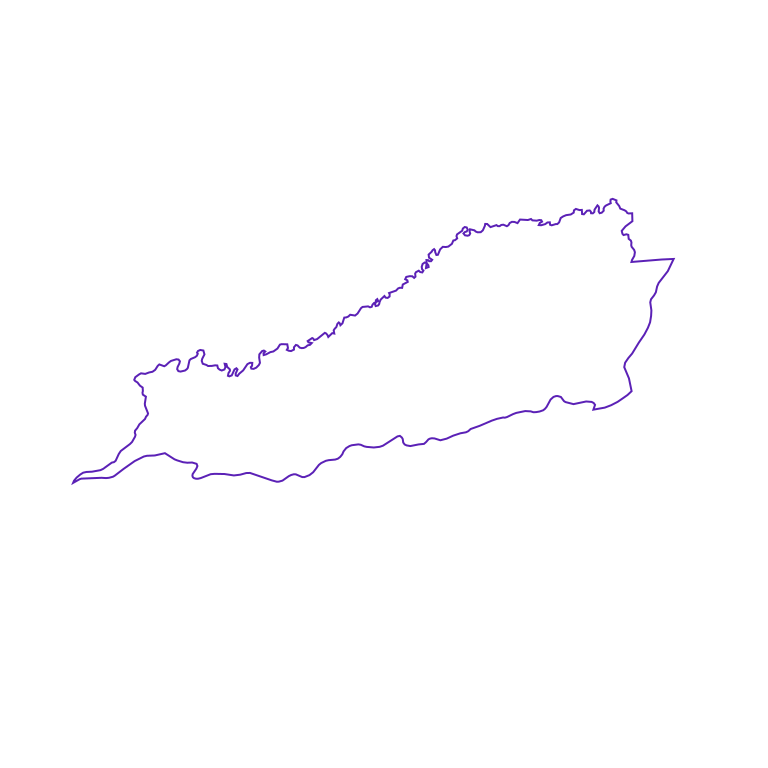 outline of Ipiranga do Norte, Mato Grosso, Brazil, rotated 231°
{"feature_id": "56859067B36287964515387", "entity_name": "Ipiranga do Norte", "entity_type": "district", "adm_level": 2, "iso_a3": "BRA", "parent_name": "Brazil", "parent_adm1": "Mato Grosso", "projection": "equal_earth", "projection_center": [-55.972, -11.935], "detail": "fine", "context": "isolated", "style": "outline", "palette": "violet", "viewbox_px": 768, "rotation_deg": 231, "n_neighbors": 0, "source": "geoboundaries", "source_scale": "gbopen_adm2", "svg_char_len": 6148}
<svg xmlns="http://www.w3.org/2000/svg" viewBox="0 0 768 768"><g transform="rotate(231 384 384)"><path d="M452.7,429.3L453.2,427.2L452.9,425.1L451.7,423.0L452.4,421.4L454.3,420.5L457.4,415.8L457.4,413.8L455.4,407.8L455.4,404.6L459.1,401.3L458.9,398.7L459.5,396.6L460.6,394.9L457.3,389.9L457.1,387.1L459.0,387.8L460.3,387.6L460.1,385.7L458.2,382.7L458.0,380.6L457.4,378.7L454.5,377.1L456.1,375.8L455.6,370.3L457.7,370.9L459.8,370.8L461.0,370.2L461.0,360.3L462.1,357.3L463.7,357.6L464.9,357.1L465.4,351.7L463.9,351.5L461.3,353.6L461.0,351.2L462.1,348.9L462.0,346.2L462.6,344.2L463.7,342.6L465.3,341.4L468.4,341.1L469.8,340.1L469.2,337.1L467.4,335.7L468.1,332.5L469.8,330.9L471.7,330.0L472.4,332.0L475.7,333.8L479.4,329.5L480.1,327.9L478.6,323.5L478.9,318.5L480.3,315.7L481.2,311.1L482.2,308.7L483.7,309.7L484.0,312.2L485.6,311.7L486.3,310.0L485.5,305.8L483.1,303.6L478.5,300.9L477.5,298.7L477.1,295.0L477.8,292.2L479.4,290.6L480.9,291.1L481.2,292.9L483.3,294.9L484.8,293.2L485.4,290.4L483.2,283.1L483.1,278.0L482.4,275.2L483.9,274.2L485.4,275.2L487.5,279.3L489.1,279.2L489.4,277.0L486.5,271.1L487.3,268.6L488.6,267.9L490.4,270.1L491.2,272.6L492.4,273.4L495.9,272.9L498.7,274.1L500.0,272.9L496.9,271.4L495.7,269.1L496.6,266.4L498.6,265.3L500.8,264.9L503.3,266.1L504.8,264.5L506.4,261.6L508.7,258.6L510.5,258.0L513.8,255.9L516.7,256.9L518.0,258.6L520.0,263.1L523.7,264.7L526.1,262.6L526.7,260.2L526.0,258.4L524.7,258.3L523.7,256.3L523.7,254.1L525.0,249.6L524.8,247.7L520.0,241.7L519.6,240.1L519.7,237.8L521.7,233.7L523.4,232.3L525.7,232.6L527.1,234.3L528.7,237.8L530.1,239.7L532.3,239.7L533.9,238.2L536.0,232.9L536.1,230.4L535.8,226.2L536.1,224.4L540.6,221.7L540.5,219.6L539.0,215.1L539.2,211.8L540.8,208.7L542.1,204.8L545.2,201.9L545.6,199.6L545.8,195.0L544.4,192.5L542.9,192.5L540.3,193.4L536.3,193.3L533.1,194.2L530.3,192.2L529.2,190.8L527.5,189.9L524.0,191.0L519.2,185.7L517.5,184.6L509.6,182.1L508.7,180.7L508.4,178.6L507.2,176.2L506.6,168.5L505.0,164.4L504.4,161.2L503.0,159.7L500.8,158.9L499.7,157.3L497.5,151.7L497.2,148.7L497.6,137.3L496.5,133.8L493.2,127.1L493.2,125.0L494.2,123.0L494.8,112.2L495.5,109.4L499.6,101.9L502.9,97.4L504.4,94.4L504.8,90.9L504.7,86.2L503.9,82.2L502.8,80.2L501.5,87.8L500.8,89.4L488.9,105.4L485.8,108.8L484.2,111.2L482.5,115.0L482.2,116.9L481.9,128.3L481.0,141.8L478.8,151.7L477.4,154.6L472.7,160.9L468.1,170.2L457.3,173.8L454.8,175.2L449.7,178.6L446.6,181.6L443.7,185.5L439.9,188.1L437.7,187.4L436.3,184.9L434.4,178.6L433.2,177.3L431.8,176.8L430.4,177.1L428.8,178.2L427.5,179.7L426.2,182.4L423.0,192.5L420.8,195.8L414.4,203.4L407.4,209.8L404.0,215.2L401.5,220.9L399.2,223.9L379.8,236.1L375.5,239.2L374.3,240.8L372.8,244.3L372.3,252.0L371.7,254.6L370.6,257.1L369.3,258.6L363.1,261.9L361.7,263.6L360.1,268.7L360.0,273.4L362.1,282.5L362.1,285.4L360.9,290.5L359.6,293.1L356.0,298.5L355.0,301.1L354.9,304.1L355.6,307.3L357.1,310.2L358.0,314.3L357.5,318.1L356.7,320.4L353.2,326.1L351.4,327.7L348.0,329.4L346.1,330.9L341.1,336.1L337.9,341.1L336.7,344.4L334.8,361.5L333.7,363.7L331.2,364.2L329.4,363.9L326.4,362.1L324.0,362.0L322.1,362.9L319.2,365.4L315.3,372.8L312.3,377.4L312.4,380.2L313.0,383.7L312.6,385.4L311.7,387.1L309.9,389.0L304.8,392.4L302.1,398.3L300.3,405.3L297.6,412.4L294.9,417.3L294.3,419.8L294.5,423.0L291.3,432.0L287.7,444.7L285.8,449.9L283.0,455.5L281.8,456.7L280.9,458.8L279.4,465.3L278.3,468.6L274.1,476.7L270.4,480.8L268.1,482.3L266.5,484.4L264.7,487.6L263.4,491.2L263.4,493.6L263.9,496.0L267.1,503.7L267.3,507.6L266.4,510.0L265.2,511.5L262.6,513.3L257.4,513.1L255.7,513.7L249.1,518.6L243.2,530.1L239.4,534.1L237.3,535.0L235.0,534.9L232.3,530.6L226.7,540.7L224.6,547.1L223.1,554.3L222.6,560.5L222.2,566.3L222.6,571.9L234.2,577.9L245.9,581.3L248.8,584.8L250.4,590.2L251.5,596.0L255.8,608.1L258.6,617.5L261.6,624.5L264.5,629.6L268.8,634.4L272.9,638.1L279.9,642.3L281.8,644.8L282.9,649.6L284.2,653.0L287.9,657.6L289.7,661.1L293.1,675.6L298.9,687.8L306.1,678.0L323.1,653.1L324.3,654.8L326.0,659.1L328.5,661.9L330.8,662.8L334.8,662.8L336.3,663.5L338.3,665.4L340.1,666.1L342.8,665.5L346.2,667.7L347.8,666.6L349.0,663.9L350.6,663.8L353.4,665.1L354.5,670.9L354.2,679.5L360.5,684.3L362.6,681.4L363.8,680.7L365.7,680.9L367.6,680.3L371.6,678.0L374.3,678.8L379.0,678.8L380.4,680.2L384.0,678.2L384.7,676.2L383.5,674.9L381.8,674.0L383.0,669.0L383.0,667.1L382.1,665.0L380.4,663.8L380.1,661.0L381.0,659.1L383.0,659.4L385.6,662.0L387.0,662.5L388.5,662.3L387.0,657.4L385.3,655.6L385.2,653.7L386.4,652.4L387.8,653.2L389.4,653.1L390.9,650.8L390.1,646.1L391.4,644.9L394.8,647.3L396.1,645.4L399.3,643.3L399.4,640.9L397.8,639.3L398.2,635.8L400.6,631.8L401.5,628.7L401.8,625.8L399.4,621.8L399.2,619.4L400.2,618.1L401.8,614.2L403.2,613.3L405.3,614.6L406.7,612.6L406.8,609.9L408.5,606.0L410.1,604.3L411.1,606.4L410.7,609.0L412.3,609.3L413.7,607.9L414.8,605.5L417.8,602.3L419.7,602.1L420.9,599.0L426.2,593.2L425.0,589.0L427.8,587.4L429.5,585.5L430.0,583.0L429.1,580.7L429.3,578.8L432.7,577.0L433.8,575.2L433.9,573.2L435.1,571.8L436.7,571.4L438.9,565.5L443.4,564.9L444.7,563.4L443.4,561.9L441.2,557.5L441.1,554.7L443.0,552.2L444.8,551.2L446.5,551.0L450.1,548.2L448.6,546.4L446.7,545.7L446.0,543.9L446.6,542.3L448.6,540.5L451.0,540.5L451.2,542.4L450.5,544.3L451.2,546.2L453.6,546.8L455.2,545.5L455.2,543.1L453.9,541.2L454.3,534.9L453.3,533.4L451.1,532.5L451.1,529.6L451.9,528.2L450.2,525.0L450.3,520.5L451.5,518.3L453.6,516.0L453.3,512.4L450.5,507.2L451.3,505.9L454.3,506.8L455.8,507.8L457.3,507.8L457.4,505.9L456.8,504.3L456.5,500.1L453.8,498.5L450.2,499.6L449.8,497.9L451.0,496.4L452.4,496.3L453.6,495.0L451.1,493.2L452.8,492.1L453.0,489.6L451.3,487.0L449.1,485.8L447.3,486.0L446.6,484.0L448.2,482.6L450.2,482.3L450.8,479.2L450.2,477.7L447.6,476.0L447.5,474.2L449.9,473.8L451.7,471.7L453.2,468.7L452.1,466.4L449.9,467.4L448.4,466.7L449.5,461.2L447.3,458.6L448.8,456.9L449.4,455.2L449.0,452.1L451.5,445.2L450.2,444.9L448.5,443.4L448.6,441.0L450.1,439.6L452.1,439.7L451.7,434.6L450.5,432.2L449.2,430.6L448.7,428.9L449.8,426.6L451.7,427.2L452.7,429.3ZM451.1,493.2L448.4,493.2L446.8,492.3L447.7,489.6L451.1,493.2ZM452.7,429.3L452.2,431.7L454.2,432.2L454.2,430.4L452.7,429.3Z" fill="none" stroke="#5b21b6" stroke-width="2"/></g></svg>